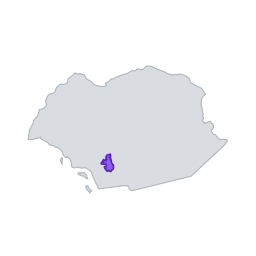 location of Kilindi, Tanga, United Republic of Tanzania, rotated 137°
{"feature_id": "72390352B98761165374808", "entity_name": "Kilindi", "entity_type": "district", "adm_level": 2, "iso_a3": "TZA", "parent_name": "United Republic of Tanzania", "parent_adm1": "Tanga", "projection": "mercator", "projection_center": [37.598, -5.503], "detail": "fine", "context": "in_parent", "style": "filled", "palette": "violet", "viewbox_px": 256, "rotation_deg": 137, "n_neighbors": 0, "source": "geoboundaries", "source_scale": "gbopen_adm2", "svg_char_len": 6290}
<svg xmlns="http://www.w3.org/2000/svg" viewBox="0 0 256 256"><g transform="rotate(137 128 128)"><path d="M99.3,172.3L97.0,171.1L94.8,170.3L93.1,169.5L92.3,168.6L90.6,168.3L89.2,168.2L87.9,167.4L85.2,167.1L84.9,166.6L84.8,165.5L84.3,165.2L83.3,164.9L82.3,164.9L81.6,165.1L81.2,165.0L80.4,164.3L79.5,163.5L79.2,162.1L78.0,161.3L76.6,160.6L72.6,160.6L72.0,160.4L71.0,159.7L69.9,158.6L69.0,157.3L68.2,155.6L67.4,153.2L62.9,143.8L62.4,142.0L61.5,140.0L60.0,137.6L58.5,135.8L56.4,134.1L54.0,132.5L52.7,131.4L50.3,127.0L49.8,124.9L49.4,122.8L49.6,121.9L51.1,119.1L51.2,118.3L51.1,117.3L50.3,115.1L49.3,112.4L47.4,107.6L47.1,106.3L47.2,105.4L48.3,100.5L48.3,99.8L52.9,99.9L56.2,97.7L59.1,94.5L59.7,93.1L60.8,91.1L62.0,90.0L62.5,89.3L63.1,87.3L64.6,85.9L66.1,84.8L65.8,84.0L66.0,83.8L66.8,83.2L68.4,82.7L68.7,81.6L68.7,80.4L68.5,79.7L68.5,78.9L68.3,78.5L67.2,78.4L65.7,77.8L64.4,77.5L63.6,77.1L63.2,76.9L63.1,76.1L63.8,74.3L63.1,73.5L64.7,70.4L65.0,70.0L65.6,69.9L66.5,69.6L67.3,69.4L68.0,69.6L68.5,69.4L69.0,69.1L69.4,68.0L69.7,66.2L69.5,64.8L68.8,63.7L68.7,62.0L69.0,59.7L68.7,57.8L68.0,56.3L67.3,55.4L66.1,55.0L64.3,52.7L63.8,51.5L63.9,50.8L64.5,50.5L65.6,50.7L66.7,50.4L67.7,49.7L68.7,49.6L69.2,49.7L114.7,49.7L167.9,79.4L168.2,79.7L168.6,82.3L168.5,83.1L167.7,84.6L167.4,85.4L167.4,85.9L167.6,86.1L168.3,86.2L168.9,86.6L169.1,86.8L169.6,88.0L170.2,88.5L190.4,103.1L190.8,103.3L190.6,104.6L189.4,107.5L189.3,108.8L188.9,110.2L188.5,111.2L187.3,115.4L186.3,116.9L185.0,120.6L184.8,123.4L185.5,125.4L185.8,127.2L187.4,129.0L188.6,129.7L189.4,130.5L190.9,132.4L191.8,134.3L194.5,135.2L195.6,137.4L195.2,138.8L193.9,140.0L192.8,142.0L191.8,144.6L191.8,148.5L192.4,147.9L193.8,148.9L194.0,151.8L192.6,155.2L192.1,156.8L192.0,158.2L193.1,162.2L194.7,164.3L194.6,165.0L194.2,165.5L196.9,169.2L196.7,172.4L197.7,174.8L198.2,177.0L198.9,178.7L199.0,179.8L198.2,181.1L200.2,181.4L201.3,182.4L201.9,183.4L203.4,183.4L204.1,184.0L205.3,184.6L207.8,186.3L208.5,187.1L208.9,187.9L202.0,193.2L199.5,194.5L197.7,195.2L195.8,195.5L194.0,196.3L192.3,197.6L190.1,198.3L187.4,198.3L184.6,199.2L180.2,201.9L177.7,200.4L175.7,200.0L173.4,200.0L171.9,200.2L171.4,200.5L171.0,201.4L170.6,203.0L169.1,204.4L166.5,205.8L164.0,206.3L161.8,206.0L160.2,205.4L159.4,204.6L158.3,204.2L156.7,204.3L155.3,204.9L153.8,206.0L151.6,206.4L148.5,206.3L146.8,205.8L146.6,204.8L145.3,203.8L142.8,202.6L141.0,202.5L139.8,203.7L138.7,204.4L137.7,204.7L136.9,204.8L135.6,204.5L132.2,204.3L129.0,204.4L128.6,202.7L128.0,201.7L127.4,201.0L126.3,200.9L125.9,200.4L125.6,199.4L125.0,198.5L124.3,197.7L123.9,197.0L123.7,196.4L123.8,195.7L124.5,193.9L124.7,192.8L124.6,191.5L124.3,190.3L123.5,188.8L123.6,188.4L123.3,187.4L123.3,186.7L123.4,185.8L123.3,184.6L122.6,182.1L122.6,181.5L121.9,180.3L119.8,177.5L119.7,177.1L116.3,174.2L115.0,173.6L114.5,174.2L114.3,174.7L114.4,175.6L114.4,176.0L114.2,176.2L113.4,176.2L112.9,176.1L111.6,175.3L110.6,175.1L108.2,175.3L107.3,175.5L106.6,175.3L105.3,174.0L103.8,173.7L102.4,173.6L100.1,172.1L99.3,172.3ZM194.8,124.9L195.9,128.1L195.8,128.6L195.0,129.0L194.6,129.0L194.1,128.5L193.8,127.5L193.2,127.7L192.2,126.5L191.2,126.4L190.3,124.9L190.6,123.6L190.4,121.4L191.5,120.3L192.1,118.3L192.8,119.6L193.0,121.7L193.9,124.1L194.8,124.9ZM200.2,106.4L200.3,107.2L200.0,107.9L200.1,110.1L200.0,111.5L199.2,113.6L198.5,114.3L197.9,114.1L197.4,113.7L197.0,113.2L197.8,109.5L197.4,106.7L199.0,107.0L200.2,106.4ZM198.0,151.3L197.2,151.5L196.9,151.3L196.4,150.7L197.2,150.2L198.0,149.2L199.9,147.7L200.8,146.5L200.7,147.7L199.6,150.2L198.7,150.4L198.0,151.3Z" fill="#d9dde1" stroke="#a8b0b8" stroke-width="1"/><path d="M158.9,120.9L159.6,120.4L159.9,120.9L160.0,121.1L160.4,121.8L160.5,122.0L160.8,122.3L161.1,122.4L161.4,122.4L162.0,122.4L162.4,122.3L162.5,122.3L162.6,122.2L162.7,122.3L162.8,122.3L163.0,122.1L163.3,122.1L163.6,122.0L163.8,122.0L164.0,121.9L164.2,121.7L164.3,121.5L164.3,121.4L164.3,121.1L164.2,121.0L164.3,120.9L164.3,120.7L164.3,120.3L164.5,120.1L164.6,119.9L164.8,119.8L165.0,119.5L165.3,119.5L165.5,119.6L165.6,119.8L165.7,119.7L165.8,119.7L165.9,119.8L166.0,119.7L166.1,119.8L166.2,119.7L166.2,119.8L166.2,119.7L166.3,119.7L166.3,119.8L166.4,119.7L166.5,119.7L166.5,119.8L166.7,120.0L166.8,120.1L167.0,120.0L167.2,120.3L167.3,120.3L167.5,120.5L167.4,120.9L167.5,120.9L167.6,121.0L167.8,121.1L167.8,121.3L167.7,121.5L167.8,121.5L168.2,121.4L168.6,121.1L168.7,120.9L168.8,120.8L168.8,120.7L169.0,120.5L169.0,120.4L169.1,120.5L169.3,120.5L169.4,120.4L169.4,120.5L169.5,120.5L169.5,120.8L169.7,120.7L169.8,120.7L169.8,120.8L170.0,120.9L170.4,120.7L170.5,120.7L170.7,120.8L170.9,120.8L171.1,120.8L171.2,120.7L171.3,120.7L171.5,120.5L171.8,120.4L171.9,120.2L172.0,120.1L172.0,119.9L171.9,119.8L171.9,119.7L171.7,119.3L171.4,118.9L171.2,118.7L170.8,118.5L170.8,118.4L170.6,118.2L170.3,118.0L170.2,117.8L169.8,117.4L169.6,117.2L169.3,117.1L169.2,117.1L168.8,117.0L168.7,116.9L168.7,116.7L168.8,116.5L168.8,116.3L168.9,116.1L169.1,115.7L169.4,115.3L169.5,115.2L170.4,115.1L170.5,115.2L170.9,115.4L171.0,115.5L171.3,115.5L171.5,115.7L172.0,115.6L172.2,115.1L172.3,114.6L172.4,114.1L172.5,113.9L172.4,113.6L172.5,113.4L172.4,113.4L172.5,113.3L172.4,113.1L172.5,112.9L172.6,112.7L172.7,112.4L172.7,112.0L172.7,111.6L172.7,111.4L172.7,111.0L172.8,110.5L172.7,110.3L172.3,110.3L172.0,110.3L171.5,110.3L171.1,110.3L171.0,110.2L171.1,109.9L170.9,109.8L170.9,109.7L170.8,109.4L170.8,109.2L170.8,108.9L170.8,108.7L170.8,108.4L170.7,108.2L170.4,108.1L170.2,108.1L170.1,108.3L170.1,108.2L169.9,108.1L169.7,108.0L169.7,107.9L169.3,108.0L168.8,108.2L168.5,108.4L168.4,108.4L167.7,108.0L167.3,107.9L167.1,107.9L165.7,108.7L165.6,108.9L165.3,109.2L164.1,110.6L163.8,111.0L164.2,111.5L163.4,114.4L162.8,115.1L162.6,115.3L162.5,115.5L162.4,115.5L162.2,115.6L162.2,115.8L162.1,116.0L162.3,116.3L162.2,116.5L162.3,116.6L162.2,116.7L162.1,116.8L162.1,117.0L162.1,116.9L161.9,116.9L161.8,117.0L161.8,117.3L161.6,117.4L161.4,117.7L161.3,117.8L161.0,118.3L161.3,118.2L161.5,118.2L161.6,118.3L161.6,118.8L161.5,118.7L161.4,118.7L161.0,118.7L160.9,118.7L160.7,118.6L160.5,118.8L160.4,119.0L160.2,119.0L159.9,119.2L159.8,119.3L159.7,119.5L159.5,119.8L159.4,119.9L159.3,120.0L159.2,120.1L159.1,120.4L159.0,120.5L158.9,120.6L159.0,120.7L158.9,120.8L158.9,120.9Z" fill="#8b5cf6" stroke="#5b21b6" stroke-width="1.5"/></g></svg>